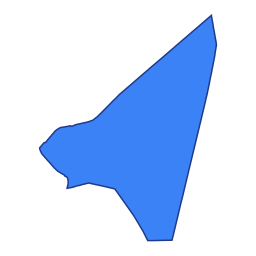 Ash Shaykh Othman, `Adan, Yemen (Natural Earth projection)
{"feature_id": "15242507B79114247407724", "entity_name": "Ash Shaykh Othman", "entity_type": "district", "adm_level": 2, "iso_a3": "YEM", "parent_name": "Yemen", "parent_adm1": "`Adan", "projection": "natural_earth1", "projection_center": [45.012, 12.885], "detail": "fine", "context": "isolated", "style": "filled", "palette": "blue", "viewbox_px": 256, "rotation_deg": 0, "n_neighbors": 0, "source": "geoboundaries", "source_scale": "gbopen_adm2", "svg_char_len": 2792}
<svg xmlns="http://www.w3.org/2000/svg" viewBox="0 0 256 256"><path d="M211.4,15.4L211.0,15.7L185.2,37.9L182.6,40.1L161.3,58.5L152.8,65.7L148.8,69.1L148.7,69.3L145.6,71.9L121.4,92.8L121.2,93.0L120.9,93.2L119.5,94.4L115.4,98.6L113.4,100.5L112.3,101.6L109.8,104.2L107.4,106.6L104.2,109.8L101.2,112.9L97.2,116.8L96.6,117.3L95.1,118.4L94.8,118.6L94.3,119.1L93.2,120.0L92.9,120.1L88.7,121.7L88.0,121.9L85.1,122.6L84.0,122.8L81.4,123.4L79.4,123.9L79.1,123.9L77.8,124.2L77.4,124.3L76.0,124.6L75.8,124.7L75.5,124.8L75.2,124.9L74.7,125.1L74.3,125.3L74.1,125.4L73.7,125.6L73.2,125.7L72.7,126.0L72.3,126.2L72.0,126.3L71.8,126.3L71.4,126.2L70.7,125.8L70.2,125.9L69.6,125.9L69.3,126.0L66.4,126.6L66.2,126.6L65.3,126.8L60.7,127.5L58.4,128.6L57.2,129.5L56.4,130.0L55.9,130.5L55.6,130.6L55.2,130.9L53.5,133.0L51.9,134.8L51.6,135.2L51.2,135.8L49.7,137.4L48.8,138.5L47.2,140.4L46.5,141.4L45.9,142.0L45.5,142.5L44.1,142.6L41.8,145.4L39.6,147.9L39.6,148.0L39.7,148.7L39.8,149.2L40.0,149.8L40.3,150.5L40.5,151.1L40.6,151.4L41.0,152.2L41.3,152.7L41.4,152.9L41.5,153.1L42.1,154.1L42.7,154.8L42.9,155.0L43.3,155.5L46.9,159.6L48.1,161.0L48.6,161.4L50.9,164.1L53.5,167.0L54.6,168.2L55.2,168.7L55.7,169.3L56.3,169.7L56.8,170.3L57.5,171.0L57.9,171.3L59.3,172.1L60.4,172.8L60.8,173.0L61.2,173.3L62.1,173.8L63.2,174.4L63.7,174.7L64.6,175.3L64.8,175.7L65.0,176.2L65.6,176.3L67.0,177.2L67.6,178.4L67.9,179.5L68.1,181.3L68.2,183.3L67.9,184.8L67.8,185.5L67.4,186.4L67.2,187.7L67.1,188.3L72.4,187.3L74.0,186.9L76.7,185.9L79.1,185.5L81.9,184.7L82.7,184.4L83.5,184.3L87.8,183.2L88.2,183.1L88.4,183.0L89.8,183.2L90.4,183.4L90.7,183.5L91.4,183.6L92.0,183.8L92.5,183.8L93.0,184.0L93.4,184.1L93.7,184.1L96.1,184.7L97.9,185.0L103.4,186.2L114.8,188.9L120.0,196.2L121.7,198.6L124.5,202.5L133.9,215.9L134.8,217.4L143.2,231.5L147.2,239.6L147.8,240.6L152.1,240.6L160.7,240.4L172.0,240.2L173.2,235.4L174.9,228.4L175.3,226.7L176.0,223.7L176.7,220.8L177.7,216.7L180.7,203.9L182.4,197.3L189.4,167.9L196.9,136.9L199.9,124.4L200.8,120.7L207.0,94.6L208.7,86.5L208.8,86.0L208.8,85.6L208.9,85.4L209.0,84.8L209.1,84.6L209.2,84.1L209.3,83.4L209.4,83.0L209.5,82.4L209.6,81.9L209.7,81.3L209.9,80.4L210.1,79.2L210.3,78.1L210.5,77.3L210.6,76.7L210.8,75.9L211.0,75.0L211.2,74.1L211.5,72.6L211.7,71.6L212.0,69.9L212.2,68.8L212.4,67.9L212.7,66.6L212.9,65.3L213.1,64.3L213.3,63.2L213.6,61.7L213.9,60.3L214.1,59.1L214.2,58.7L214.3,58.1L214.6,56.7L214.7,55.8L214.9,54.9L214.9,54.2L215.0,53.9L215.1,53.0L215.3,51.6L215.6,50.1L215.8,49.1L215.9,48.2L216.1,46.8L216.4,45.4L216.4,44.8L216.2,43.0L215.9,41.1L215.6,39.6L215.4,38.3L215.1,36.8L214.8,34.9L214.5,33.1L214.2,31.5L213.8,29.5L213.5,27.8L213.3,26.7L213.2,26.0L212.8,23.6L212.7,22.9L212.4,21.4L212.1,19.6L211.8,18.0L211.6,16.7L211.4,15.7L211.4,15.4Z" fill="#3b82f6" stroke="#1e3a8a" stroke-width="1.5"/></svg>